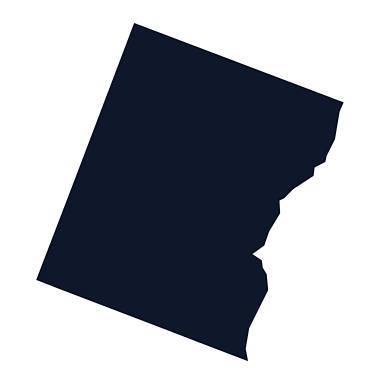 Iowa, Wisconsin, United States of America, rotated 111°
{"feature_id": "52423323B56817190019531", "entity_name": "Iowa", "entity_type": "district", "adm_level": 2, "iso_a3": "USA", "parent_name": "United States of America", "parent_adm1": "Wisconsin", "projection": "robinson", "projection_center": [-90.132, 43.011], "detail": "fine", "context": "isolated", "style": "filled", "palette": "ink", "viewbox_px": 384, "rotation_deg": 111, "n_neighbors": 0, "source": "geoboundaries", "source_scale": "gbopen_adm2", "svg_char_len": 509}
<svg xmlns="http://www.w3.org/2000/svg" viewBox="0 0 384 384"><g transform="rotate(111 192 192)"><path d="M164.1,104.2L152.7,99.2L133.1,85.1L124.9,87.2L115.9,79.1L109.8,80.0L91.5,78.2L64.0,83.8L54.7,83.3L54.8,91.4L54.8,93.6L55.7,305.8L220.2,305.2L329.2,305.2L329.3,280.2L329.1,155.7L329.2,130.5L329.1,80.4L319.4,86.4L298.6,90.6L256.4,86.5L242.5,93.4L237.8,99.4L231.5,102.8L228.8,114.6L215.8,106.1L201.3,106.6L180.3,102.9L168.5,108.2L164.1,104.2Z" fill="#0f172a" stroke="#020617" stroke-width="1.5"/></g></svg>